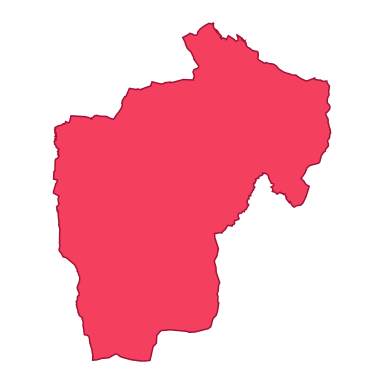 outline of Sinca, Brasov, Romania
{"feature_id": "2599482B93620310031935", "entity_name": "Sinca", "entity_type": "district", "adm_level": 2, "iso_a3": "ROU", "parent_name": "Romania", "parent_adm1": "Brasov", "projection": "mercator", "projection_center": [25.18, 45.726], "detail": "fine", "context": "isolated", "style": "filled", "palette": "rose", "viewbox_px": 384, "rotation_deg": 0, "n_neighbors": 0, "source": "geoboundaries", "source_scale": "gbopen_adm2", "svg_char_len": 5819}
<svg xmlns="http://www.w3.org/2000/svg" viewBox="0 0 384 384"><path d="M208.3,328.6L210.7,326.8L211.3,324.5L211.7,323.7L212.0,321.6L213.2,318.4L216.2,315.3L217.5,311.2L218.8,302.9L217.7,301.7L218.0,296.1L217.0,294.4L218.2,290.6L218.6,285.2L219.7,282.7L216.6,273.6L216.2,272.0L215.9,267.0L214.4,262.0L214.6,260.1L216.9,256.0L218.4,248.7L214.8,237.7L214.6,233.5L217.3,233.3L219.4,232.6L221.9,233.0L222.7,231.7L225.5,229.1L227.6,225.5L228.5,225.4L232.1,226.1L232.4,224.7L233.9,224.5L234.5,223.5L234.7,223.2L234.2,222.3L234.6,220.5L235.7,220.5L236.6,219.9L238.2,219.6L239.0,218.9L239.0,218.1L238.5,217.4L238.0,215.6L238.7,213.5L241.1,213.2L243.1,211.4L244.4,211.6L244.8,210.0L246.3,209.2L247.5,206.6L248.4,205.6L248.7,204.7L248.5,204.2L247.1,203.7L247.2,200.9L248.3,198.7L249.1,198.7L248.8,196.9L249.1,195.6L250.2,196.0L250.8,195.7L250.6,194.7L251.2,193.0L252.1,192.1L252.4,190.9L253.6,189.9L253.4,188.9L254.7,187.6L254.6,186.9L253.9,186.5L253.5,184.9L253.9,184.6L253.7,183.5L255.1,182.9L255.2,181.9L256.0,180.7L255.5,179.2L256.8,178.9L257.3,178.0L258.6,178.3L259.2,176.2L262.1,175.2L262.7,174.6L262.6,173.9L263.3,173.7L263.0,173.1L266.1,173.6L267.6,174.8L268.2,175.6L268.9,178.6L270.7,181.9L271.1,183.1L273.6,184.1L273.6,185.6L271.2,187.0L271.7,187.2L272.8,189.4L272.9,190.1L272.3,191.4L275.5,192.4L277.1,194.2L280.1,192.2L281.1,193.2L283.1,193.7L283.4,194.4L284.8,193.8L285.5,196.0L286.4,196.5L286.5,197.3L286.0,197.5L286.2,198.7L289.9,203.4L289.3,201.7L290.1,201.5L291.9,205.3L294.1,207.2L296.5,205.7L300.9,205.1L303.2,202.5L306.2,196.1L309.2,186.3L306.1,184.6L303.6,180.8L301.0,178.7L305.0,172.9L307.1,167.6L310.0,165.4L318.3,163.3L319.8,161.8L321.2,156.0L321.8,154.8L323.7,152.3L325.2,151.2L325.7,149.2L328.3,146.2L328.4,143.8L327.6,141.6L327.6,140.4L329.5,137.9L329.9,134.0L330.6,133.2L330.2,129.8L329.0,126.3L328.4,123.1L327.9,122.2L328.2,121.4L328.0,118.9L325.9,115.1L325.8,113.1L327.4,111.9L329.4,109.5L329.9,108.2L329.9,106.8L329.5,105.3L327.1,102.5L327.5,98.2L329.1,94.6L328.6,91.6L329.5,86.3L328.7,85.0L327.1,83.0L326.8,81.0L323.1,81.4L320.6,80.1L318.6,80.1L314.9,79.3L314.7,78.0L307.2,80.9L305.4,80.7L300.1,78.2L295.9,75.1L292.1,75.0L288.9,73.6L287.7,73.5L283.8,72.1L279.1,69.2L276.0,65.7L273.2,64.1L268.4,63.4L265.8,62.5L265.2,63.3L264.0,63.2L262.4,61.9L259.2,60.3L257.8,58.9L258.3,55.0L258.1,53.0L257.8,51.9L257.0,51.4L255.2,51.3L253.8,50.6L252.6,50.7L249.8,48.3L247.7,47.3L246.4,45.8L246.2,44.1L245.9,43.9L246.0,42.9L245.4,42.4L245.2,41.8L244.7,42.0L244.3,41.7L244.8,40.8L243.9,41.2L242.6,40.2L243.5,40.0L243.4,39.6L242.5,39.3L242.3,38.6L241.5,38.7L241.6,38.2L241.2,38.1L240.9,37.4L237.1,34.9L237.1,35.8L238.0,38.3L238.1,40.3L235.9,41.4L234.2,39.4L228.4,35.7L226.3,39.7L225.0,38.6L223.2,37.9L222.3,38.2L221.6,38.9L221.0,37.6L220.5,37.3L221.4,36.9L221.4,36.0L220.6,35.7L220.1,34.6L219.0,34.4L218.8,33.8L219.1,33.3L218.8,33.0L217.8,33.1L217.7,32.3L218.0,31.8L217.4,31.6L216.7,32.1L216.2,31.3L216.5,30.5L216.9,30.3L216.4,29.9L215.4,30.3L215.0,29.8L214.9,28.7L213.7,27.9L213.3,26.6L213.6,26.1L213.2,24.9L213.7,23.8L213.1,23.0L212.7,23.7L211.6,23.9L209.1,23.3L204.7,25.7L200.0,29.1L197.6,32.3L197.8,33.1L196.9,35.0L194.4,35.3L192.1,33.9L189.8,33.3L188.3,34.6L182.7,37.5L185.3,42.6L185.5,44.2L187.2,48.1L188.6,49.7L190.9,51.7L193.7,57.5L193.9,59.3L198.6,65.8L198.7,66.7L198.4,67.5L197.2,68.6L195.6,68.9L193.9,69.8L193.0,72.0L194.4,76.5L193.5,78.1L193.3,80.0L183.4,79.5L172.2,82.5L170.9,82.7L170.7,82.1L164.9,82.7L162.6,84.0L160.5,83.9L152.0,81.8L151.6,83.3L151.0,84.5L151.1,85.7L141.9,89.0L141.6,89.7L137.3,89.0L137.1,89.6L129.4,88.4L125.9,96.6L124.8,96.6L122.5,100.3L121.8,103.5L122.3,104.0L122.0,106.4L120.9,108.8L118.5,112.5L116.4,114.9L113.7,119.3L109.9,118.2L107.6,117.1L107.1,116.5L99.9,116.2L96.7,115.3L95.7,115.7L95.0,115.5L93.7,116.6L93.4,117.2L91.9,117.7L91.5,118.1L91.6,119.0L88.5,117.5L85.1,116.7L71.0,115.8L69.9,120.7L69.5,121.7L68.5,122.8L65.6,121.6L65.0,123.7L63.1,123.7L62.8,124.3L61.2,125.2L57.9,126.0L55.1,127.5L55.1,127.9L55.6,128.5L54.6,129.3L55.1,130.0L54.9,130.2L55.0,130.9L54.8,131.3L55.4,132.0L55.0,131.9L54.9,132.1L55.5,133.1L55.1,133.0L55.4,134.2L56.0,134.5L56.0,134.8L55.7,134.6L55.5,135.0L56.2,135.2L56.5,135.9L55.9,135.8L56.0,136.6L55.3,136.7L56.1,137.4L56.1,138.6L55.3,138.6L55.7,139.1L55.1,138.9L55.2,139.8L55.5,139.6L55.4,140.4L55.0,140.3L55.0,141.0L54.9,140.7L54.5,140.9L54.2,141.7L54.7,143.0L54.5,144.0L55.9,145.5L56.0,146.9L57.3,148.0L57.2,148.2L57.9,148.9L58.7,149.0L59.0,149.4L58.7,150.5L57.9,151.0L58.2,151.7L57.8,151.8L58.0,152.0L58.0,153.2L58.4,153.3L58.0,153.9L58.2,154.3L58.0,154.5L58.3,154.7L58.1,154.9L58.3,155.4L58.9,155.5L58.7,155.9L58.9,156.2L57.5,158.3L55.5,159.3L55.1,161.8L55.0,170.6L53.9,171.7L53.6,179.1L57.4,180.1L56.8,182.5L56.0,183.3L53.4,192.0L53.5,193.1L59.0,196.0L58.0,198.9L58.5,202.5L59.0,202.9L58.6,204.8L56.6,206.9L57.0,208.6L56.8,209.7L57.4,211.0L57.9,211.0L57.5,211.9L58.4,212.2L58.5,212.7L58.2,213.9L58.4,217.6L58.7,218.6L58.6,220.0L59.1,221.3L58.8,222.5L59.1,224.2L58.7,224.7L59.8,228.9L59.5,239.5L59.8,241.0L59.4,241.8L59.6,244.6L60.0,245.9L59.0,249.6L59.3,250.8L61.6,253.7L63.1,256.9L65.8,257.5L66.8,258.1L74.3,264.4L75.3,265.9L77.3,269.9L77.2,271.4L78.1,272.3L78.7,274.8L79.6,276.3L79.7,278.8L79.4,281.7L77.2,287.2L77.5,289.3L78.7,291.9L79.2,293.8L78.9,295.4L77.5,296.4L77.3,300.5L76.2,301.3L76.6,303.2L76.4,305.0L77.2,308.5L78.1,310.2L77.9,311.8L79.4,315.6L82.5,317.9L82.1,319.1L82.6,319.8L83.3,322.9L83.0,325.1L83.4,328.0L83.7,328.6L84.3,334.4L84.8,334.9L87.0,335.1L88.8,336.4L89.2,337.3L89.9,342.9L92.0,350.0L92.1,351.6L92.9,355.3L92.6,360.2L96.7,359.9L102.1,358.3L108.6,357.8L115.7,353.9L117.6,354.4L119.0,355.7L121.8,357.2L131.5,359.8L141.0,361.0L144.8,361.0L150.0,360.4L153.1,346.6L156.4,343.2L156.8,335.4L160.9,330.6L170.4,329.8L187.4,331.4L188.9,332.3L195.4,331.9L208.3,328.6Z" fill="#f43f5e" stroke="#9f1239" stroke-width="1.5"/></svg>